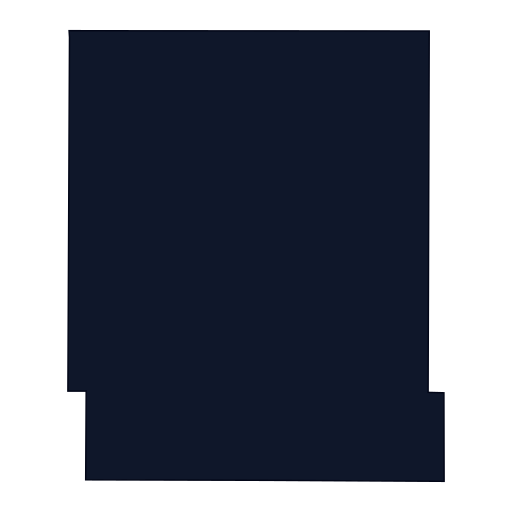 Steele, North Dakota, United States of America (Mercator projection)
{"feature_id": "52423323B76546880879751", "entity_name": "Steele", "entity_type": "district", "adm_level": 2, "iso_a3": "USA", "parent_name": "United States of America", "parent_adm1": "North Dakota", "projection": "mercator", "projection_center": [-97.732, 47.456], "detail": "fine", "context": "isolated", "style": "filled", "palette": "ink", "viewbox_px": 512, "rotation_deg": 0, "n_neighbors": 0, "source": "geoboundaries", "source_scale": "gbopen_adm2", "svg_char_len": 278}
<svg xmlns="http://www.w3.org/2000/svg" viewBox="0 0 512 512"><path d="M265.2,480.3L444.1,481.3L443.9,392.8L428.1,392.4L429.2,31.0L412.6,31.0L141.1,30.8L69.1,30.7L69.5,37.3L67.9,391.1L86.2,391.1L85.7,479.8L265.2,480.3Z" fill="#0f172a" stroke="#020617" stroke-width="1.5"/></svg>